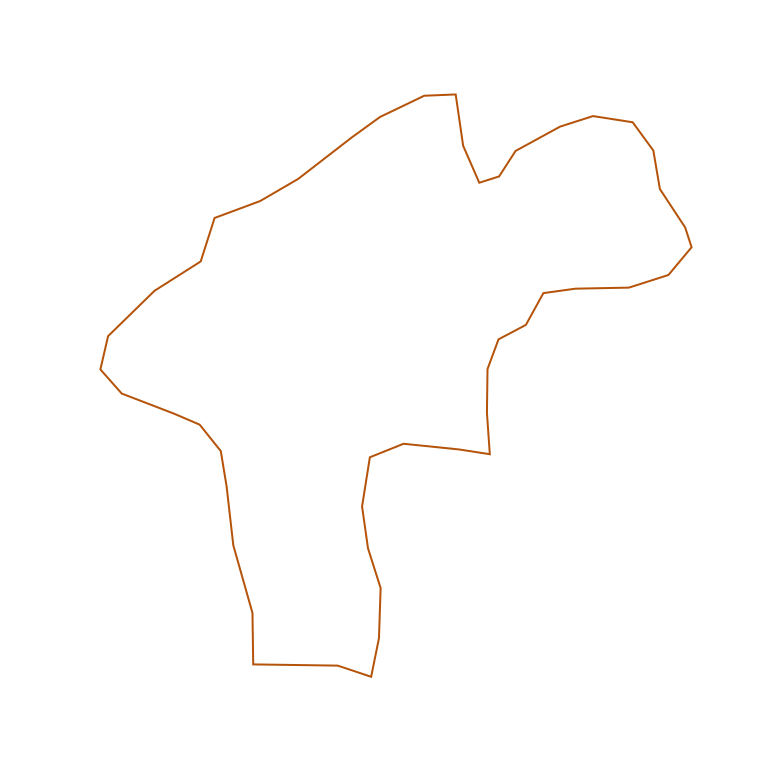 outline of Gothenburg, Västra Götaland, Sweden, rotated 9°
{"feature_id": "70781695B76264906816615", "entity_name": "Gothenburg", "entity_type": "district", "adm_level": 2, "iso_a3": "SWE", "parent_name": "Sweden", "parent_adm1": "Västra Götaland", "projection": "orthographic", "projection_center": [12.014, 57.721], "detail": "fine", "context": "isolated", "style": "outline", "palette": "amber", "viewbox_px": 768, "rotation_deg": 9, "n_neighbors": 0, "source": "geoboundaries", "source_scale": "gbopen_adm2", "svg_char_len": 794}
<svg xmlns="http://www.w3.org/2000/svg" viewBox="0 0 768 768"><g transform="rotate(9 384 384)"><path d="M417.1,675.2L418.8,635.9L412.6,586.1L393.9,548.8L381.5,508.4L381.5,458.6L412.6,440.0L468.5,436.9L498.3,436.8L499.5,436.8L490.2,396.5L483.9,353.1L490.1,322.0L514.9,303.4L527.2,269.3L558.2,259.9L610.8,250.5L627.1,242.3L647.9,231.8L666.4,200.8L657.0,182.3L626.0,148.3L613.5,111.3L588.7,86.6L586.3,86.6L548.5,86.7L517.7,102.2L477.5,133.2L465.2,161.0L446.6,170.3L424.9,136.3L410.0,88.4L409.5,86.8L378.6,93.0L338.4,120.8L313.6,145.5L267.1,194.9L233.0,222.7L190.7,246.5L183.8,291.6L142.8,327.8L104.0,379.9L101.6,414.0L126.5,434.5L181.0,446.1L208.3,453.0L233.3,475.8L244.6,509.9L260.4,566.9L289.9,630.7L298.7,681.4L382.3,669.4L417.1,675.2Z" fill="none" stroke="#b45309" stroke-width="2"/></g></svg>